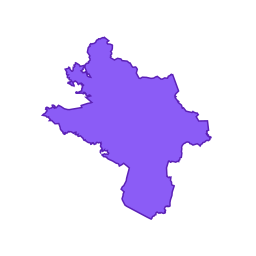 outline of Mārcienas pag., Madona, Latvia, rotated 253°
{"feature_id": "27541924B30682574084031", "entity_name": "Mārcienas pag.", "entity_type": "district", "adm_level": 2, "iso_a3": "LVA", "parent_name": "Latvia", "parent_adm1": "Madona", "projection": "orthographic", "projection_center": [26.093, 56.777], "detail": "fine", "context": "isolated", "style": "filled", "palette": "violet", "viewbox_px": 256, "rotation_deg": 253, "n_neighbors": 0, "source": "geoboundaries", "source_scale": "gbopen_adm2", "svg_char_len": 5786}
<svg xmlns="http://www.w3.org/2000/svg" viewBox="0 0 256 256"><g transform="rotate(253 128 128)"><path d="M205.6,96.7L204.1,96.3L203.9,94.7L202.4,95.0L201.9,94.0L202.1,93.4L199.2,92.3L198.6,91.6L198.7,90.9L201.0,89.7L202.5,89.9L203.4,89.2L202.5,88.5L202.6,85.1L199.2,85.9L198.7,85.3L197.1,85.0L196.7,85.2L196.2,86.3L195.8,85.4L194.0,84.8L193.3,85.5L193.1,86.5L191.7,85.9L191.2,86.1L190.6,87.4L189.1,87.9L189.1,84.0L188.3,83.7L187.8,84.7L188.5,85.4L188.0,85.6L187.2,85.0L186.4,86.0L185.5,86.3L184.8,87.0L184.9,87.8L183.9,88.6L184.4,88.9L187.5,88.5L188.3,90.8L188.0,91.0L188.2,91.5L187.3,92.2L185.9,93.0L184.6,93.0L184.0,93.5L184.8,94.8L184.5,96.5L183.7,97.0L183.1,95.9L182.7,96.2L182.9,97.3L182.0,98.0L180.9,96.3L180.4,96.1L179.7,96.2L179.3,95.4L177.0,94.5L177.1,93.7L176.7,91.6L176.8,90.2L177.6,89.2L177.3,88.5L176.8,88.4L176.3,88.9L174.9,93.9L173.7,95.5L174.0,96.1L175.0,96.0L174.7,97.0L173.3,97.7L173.1,97.3L172.5,97.7L171.8,97.5L170.5,98.6L170.5,100.0L170.8,100.1L170.8,101.0L169.6,101.7L169.5,97.7L169.7,96.7L163.0,100.9L163.0,99.1L163.3,96.6L163.2,89.8L161.1,89.8L162.7,77.3L163.3,75.6L165.0,72.8L168.2,70.1L170.0,68.2L168.3,65.2L168.3,64.9L168.9,64.5L168.5,63.4L169.1,63.1L170.1,64.5L171.3,63.7L171.9,62.9L171.9,62.1L170.1,62.2L169.5,60.5L169.7,58.6L169.5,58.2L170.8,57.6L171.6,56.5L171.3,55.4L170.7,55.3L170.1,54.7L169.7,54.9L169.6,55.9L168.0,55.5L166.1,52.7L166.0,51.4L165.2,49.9L163.6,52.9L162.1,53.7L161.8,55.2L161.3,55.0L158.9,56.2L158.1,55.0L157.4,57.3L153.4,59.4L152.5,63.1L148.3,63.3L146.9,63.0L144.7,63.6L143.9,64.4L143.2,64.6L142.5,64.3L140.6,65.2L140.5,65.9L140.8,66.2L141.8,66.1L141.9,66.8L141.2,67.4L141.0,68.1L141.4,69.2L142.1,69.9L141.4,70.9L141.6,71.1L140.9,72.7L138.9,74.3L139.3,75.2L139.2,77.0L137.7,76.5L137.6,75.6L137.1,75.8L136.5,76.9L136.5,78.4L135.9,77.9L134.8,77.8L134.4,78.4L134.4,80.3L132.0,81.5L131.9,81.8L129.2,82.3L128.9,82.6L129.2,83.6L127.7,84.0L125.6,85.9L125.5,86.6L124.7,87.6L123.3,87.7L123.3,88.3L124.2,89.0L124.2,90.2L124.0,90.4L123.4,90.1L123.0,90.7L122.2,90.9L122.3,92.7L123.2,93.3L123.4,93.9L123.3,94.3L122.4,95.4L122.6,96.3L122.0,97.1L122.0,97.8L121.3,97.4L120.5,97.3L120.4,97.6L118.9,96.4L117.8,96.5L117.2,97.0L115.7,97.1L114.4,95.0L112.9,94.4L112.6,94.5L114.3,95.7L114.7,96.8L114.2,97.1L113.5,96.7L113.0,97.0L113.9,98.9L113.5,98.7L112.8,99.8L112.5,101.7L111.8,101.3L110.9,101.4L110.1,102.1L109.5,102.1L109.4,101.7L108.6,101.2L109.5,99.5L109.3,98.8L110.2,98.0L110.1,97.2L109.7,96.6L110.3,95.4L109.5,95.3L108.9,95.9L107.8,96.2L107.0,98.1L106.4,98.6L106.2,99.2L105.0,99.3L103.3,100.9L101.0,103.6L97.7,106.5L97.0,107.9L96.4,108.5L94.2,108.6L94.7,111.3L95.5,113.6L89.4,117.6L80.4,112.0L77.9,110.8L74.0,107.0L73.6,105.6L71.5,103.5L68.1,105.6L66.4,104.1L64.8,103.5L62.1,101.6L60.7,101.6L55.1,102.6L53.5,103.9L37.1,120.3L34.1,123.5L34.7,124.5L35.5,124.9L36.1,125.7L36.3,126.3L36.2,127.2L36.9,127.9L36.9,129.3L38.4,129.8L38.8,130.3L39.1,131.2L37.6,132.5L37.7,133.4L37.4,133.4L37.2,133.9L37.4,134.2L37.5,135.0L36.0,136.8L35.9,138.5L36.3,138.9L36.9,138.5L37.4,138.8L37.4,139.3L38.0,139.4L38.4,139.9L39.6,139.2L40.1,139.2L41.6,140.4L42.0,141.3L41.9,142.5L41.4,142.5L41.3,143.1L41.6,143.4L41.5,143.6L41.0,143.8L40.9,144.4L41.2,145.4L44.4,146.3L46.9,147.6L50.7,150.3L53.7,151.5L58.9,155.1L59.4,155.2L60.3,153.6L61.6,153.3L63.5,153.8L65.4,153.3L68.3,154.6L68.2,153.9L68.9,153.7L68.6,153.0L68.7,152.4L69.4,151.8L70.3,151.6L70.4,151.1L78.7,153.2L84.4,157.0L84.5,157.5L84.2,158.0L82.9,158.5L82.8,159.2L83.3,159.9L82.5,161.9L81.4,163.6L81.4,164.1L81.7,165.1L81.1,166.7L82.2,167.0L82.3,167.8L82.5,168.2L84.2,169.0L84.4,169.6L84.3,170.4L88.3,172.2L89.6,172.1L92.5,173.4L93.6,173.5L95.3,174.6L96.5,176.3L96.8,177.1L96.9,178.3L97.4,179.5L97.2,180.9L96.4,182.3L94.9,182.7L94.3,183.8L92.7,185.1L92.7,189.6L91.1,191.0L89.7,191.7L91.1,193.2L91.2,194.3L92.2,195.4L92.1,197.2L92.9,198.6L93.1,199.4L93.0,200.2L92.4,201.1L93.0,202.9L94.3,203.3L94.5,204.5L95.0,204.6L95.1,204.4L95.0,204.1L94.7,203.8L94.9,203.6L95.6,203.8L95.6,203.1L96.2,203.1L96.5,202.6L97.1,202.7L96.9,202.3L97.2,202.0L97.9,202.4L98.0,202.1L98.5,202.3L99.4,202.0L99.0,201.4L99.4,201.3L99.8,201.9L100.1,201.6L100.4,202.1L101.3,202.5L101.6,202.2L102.2,202.5L102.3,204.4L111.6,206.1L114.0,197.7L118.9,196.5L120.2,199.1L122.1,198.5L122.5,197.3L124.2,195.2L124.8,194.9L124.1,193.7L127.1,188.5L131.0,187.0L131.2,186.8L131.1,185.8L134.3,185.8L137.7,183.5L138.5,184.3L139.3,183.7L139.2,183.3L140.3,183.1L143.2,181.9L144.0,183.1L144.9,182.1L146.6,183.5L148.6,187.2L165.9,186.3L165.9,185.6L166.6,185.3L166.6,184.6L165.9,183.4L165.7,181.7L164.2,180.5L164.1,180.1L165.2,177.7L164.7,175.1L165.2,173.8L168.9,171.0L168.6,170.0L168.8,169.6L168.2,167.1L168.7,164.5L171.0,160.5L172.4,156.6L171.8,154.2L172.5,153.1L178.1,152.0L181.5,154.1L183.6,153.5L184.2,153.0L184.6,150.5L185.2,150.0L189.6,149.0L189.8,148.3L192.2,146.7L194.2,142.0L196.1,141.4L197.7,138.4L197.0,134.9L200.5,131.8L201.0,131.9L201.4,132.7L202.7,132.6L203.6,134.1L205.0,134.3L206.3,133.8L207.2,135.4L208.7,136.3L211.7,137.3L212.0,137.2L213.4,135.5L214.3,133.2L215.3,132.8L216.4,133.1L217.0,135.1L221.6,131.9L221.2,131.4L221.8,130.5L221.7,128.5L221.3,127.7L221.9,125.9L221.2,125.0L221.3,124.2L220.9,123.4L219.4,122.1L218.8,120.3L219.0,118.8L219.0,117.8L219.5,117.1L218.8,115.9L217.2,115.5L217.4,114.7L216.8,114.3L216.5,113.5L212.4,111.3L208.2,112.6L207.8,112.4L207.1,111.5L205.3,111.9L203.9,111.5L202.8,109.4L202.0,109.6L201.7,109.1L201.8,107.6L202.0,107.2L200.9,105.5L198.9,104.5L194.3,104.9L194.3,103.6L193.6,103.5L194.0,101.2L194.6,101.2L194.8,100.8L196.4,99.8L197.1,102.2L197.8,102.2L198.5,102.7L198.5,103.7L200.7,104.1L200.9,100.2L201.7,100.2L202.9,99.6L205.7,97.1L205.6,96.7ZM189.3,104.5L189.9,104.3L193.2,104.4L193.0,104.9L191.1,105.4L191.1,106.4L187.4,107.2L188.1,105.8L189.3,104.5Z" fill="#8b5cf6" stroke="#5b21b6" stroke-width="1.5"/></g></svg>